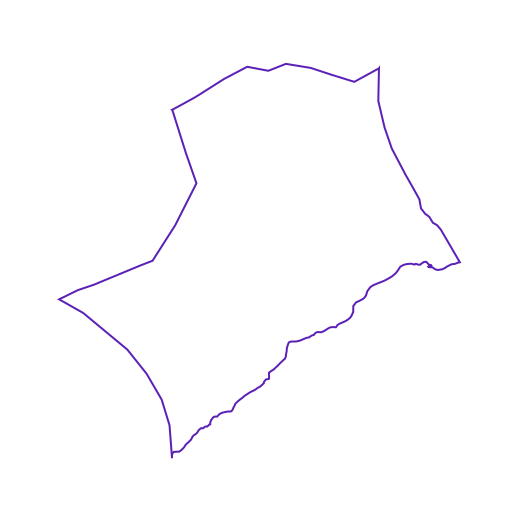 outline of Ras Gharib, Al Bahr al Ahmar, Egypt, rotated 82°
{"feature_id": "37247803B82534825994477", "entity_name": "Ras Gharib", "entity_type": "district", "adm_level": 2, "iso_a3": "EGY", "parent_name": "Egypt", "parent_adm1": "Al Bahr al Ahmar", "projection": "natural_earth1", "projection_center": [32.75, 28.506], "detail": "fine", "context": "isolated", "style": "outline", "palette": "violet", "viewbox_px": 512, "rotation_deg": 82, "n_neighbors": 0, "source": "geoboundaries", "source_scale": "gbopen_adm2", "svg_char_len": 3144}
<svg xmlns="http://www.w3.org/2000/svg" viewBox="0 0 512 512"><g transform="rotate(82 256 256)"><path d="M87.2,108.1L87.3,108.2L97.1,134.1L97.2,134.4L87.0,156.1L78.6,173.1L77.4,175.5L71.6,194.2L69.9,199.7L74.3,218.0L67.4,238.4L76.2,262.9L90.3,294.1L99.6,318.7L99.6,318.8L100.5,318.4L144.3,311.1L144.8,311.0L175.4,304.9L175.8,304.9L214.4,331.8L246.3,359.1L249.4,372.3L249.9,374.2L261.9,420.6L265.0,437.1L267.8,445.7L270.2,452.9L270.5,453.9L270.5,454.0L271.4,456.7L271.5,457.0L288.4,435.0L330.7,396.5L357.2,380.8L385.1,369.4L411.6,365.2L444.6,367.3L442.0,367.0L439.9,366.3L438.5,364.6L438.7,363.1L438.8,361.1L439.1,359.3L437.8,356.9L435.3,353.7L433.0,351.8L430.9,348.7L428.9,346.0L427.3,344.8L426.0,344.0L424.9,342.6L423.7,340.0L422.0,338.1L420.5,337.0L419.0,334.7L418.9,333.7L419.3,332.5L418.2,330.8L417.8,329.2L418.1,328.0L417.4,327.0L416.5,325.9L416.4,324.8L414.7,324.5L412.4,323.4L410.5,321.5L410.1,321.1L409.3,319.8L409.4,318.1L409.5,318.0L409.6,316.8L407.3,313.9L406.5,311.2L406.2,308.4L406.1,305.5L406.4,303.7L406.3,301.9L404.6,300.3L402.9,299.4L401.5,298.2L400.3,297.6L399.6,297.1L399.0,296.4L398.4,295.6L397.6,294.5L396.7,293.1L395.6,291.3L394.7,289.5L393.5,287.7L392.2,285.5L391.8,284.3L390.6,282.0L389.4,278.8L388.5,275.7L386.9,272.9L386.0,270.3L384.3,267.7L383.1,266.0L382.0,265.8L381.2,265.0L379.7,263.4L379.5,261.7L379.6,260.5L379.1,260.1L376.6,259.8L375.3,259.7L373.9,259.4L373.3,259.3L372.5,257.9L370.6,253.9L369.0,251.8L368.2,250.5L365.3,246.8L363.4,244.1L361.6,241.5L359.6,240.4L358.3,240.2L356.1,239.4L353.4,238.6L351.6,238.3L348.8,237.0L346.9,236.0L346.1,235.3L345.7,234.0L345.6,233.0L345.8,231.9L346.0,230.3L346.2,228.1L346.1,225.8L345.7,223.4L345.2,221.7L344.8,220.2L344.4,218.6L344.0,216.9L344.0,214.7L343.0,213.0L342.7,212.3L342.4,211.3L342.1,209.5L341.3,208.9L340.4,207.7L340.0,206.5L339.9,205.4L340.3,203.5L340.6,202.2L339.8,199.1L339.0,197.2L338.0,195.2L337.0,192.5L337.0,190.6L337.2,189.2L337.7,186.8L337.2,186.2L336.0,185.3L335.1,183.8L334.6,182.4L333.9,179.8L332.9,176.3L331.7,173.8L331.7,173.7L330.1,171.2L328.4,169.7L324.9,167.5L319.0,166.6L318.2,165.7L317.2,164.7L316.0,163.6L315.6,162.7L315.0,160.3L313.8,157.1L312.7,154.8L310.6,152.7L308.9,151.8L306.5,150.8L305.0,149.3L303.5,147.9L302.4,146.5L301.3,144.0L300.7,141.9L300.1,139.6L299.5,137.2L298.9,134.5L298.0,131.3L296.5,127.5L295.3,124.5L292.4,119.9L291.8,119.3L290.0,117.5L286.7,114.6L285.7,112.2L285.2,110.1L285.0,107.9L285.1,105.3L285.1,104.0L285.6,102.4L286.3,101.0L286.5,99.9L286.1,99.5L286.0,98.7L286.5,97.7L287.1,96.8L287.5,94.8L286.6,93.3L285.3,90.6L285.4,88.4L286.4,87.5L287.3,86.8L288.8,86.0L289.0,84.8L289.3,84.0L290.0,83.7L290.2,84.5L290.2,85.5L290.4,86.5L290.6,86.9L291.0,86.6L291.3,85.8L291.4,84.2L291.7,83.3L292.1,82.6L293.0,81.6L294.0,80.4L294.8,79.1L295.2,77.3L295.1,74.9L295.1,73.4L294.2,70.6L293.8,69.7L293.5,69.3L293.1,68.5L291.9,65.0L291.5,63.9L291.4,61.9L291.5,60.7L291.3,59.4L290.7,56.9L290.6,55.0L255.6,69.3L250.7,72.4L247.6,76.3L241.4,78.9L239.8,80.5L237.8,82.6L234.2,84.6L232.1,85.9L231.3,86.0L222.7,86.3L210.4,91.0L196.6,96.5L168.4,106.6L146.7,110.8L119.5,113.3L87.2,108.1Z" fill="none" stroke="#5b21b6" stroke-width="2"/></g></svg>